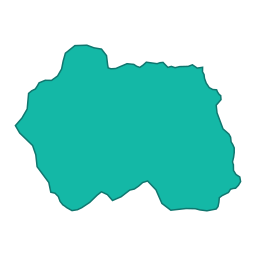 SVG path tracing the border of Eskisehir
{"feature_id": "TUR-2269", "entity_name": "Eskisehir", "entity_type": "Province", "adm_level": 1, "iso_a3": "TUR", "parent_name": "Turkey", "parent_adm1": "", "projection": "orthographic", "projection_center": [31.246, 39.627], "detail": "fine", "context": "isolated", "style": "filled", "palette": "teal", "viewbox_px": 256, "rotation_deg": 0, "n_neighbors": 0, "source": "natural_earth", "source_scale": "10m", "svg_char_len": 1404}
<svg xmlns="http://www.w3.org/2000/svg" viewBox="0 0 256 256"><path d="M86.9,45.2L93.9,47.8L101.5,49.1L106.5,55.6L107.6,64.7L108.2,67.9L111.0,68.8L115.8,68.5L127.0,63.7L133.8,64.4L136.7,66.3L139.8,67.4L143.1,65.1L146.3,62.2L157.1,63.7L160.1,62.7L163.0,62.4L167.9,67.4L171.3,66.4L175.1,67.7L179.7,66.6L188.2,66.4L192.4,64.8L197.2,68.1L202.6,67.3L202.5,71.8L204.0,74.5L204.5,78.4L206.2,83.1L209.2,87.6L212.7,89.5L216.6,89.8L217.5,92.0L219.2,94.5L220.7,95.6L221.0,99.6L216.2,105.2L217.0,112.8L223.0,128.9L228.9,134.1L230.6,137.2L231.1,141.9L232.8,144.7L234.2,147.9L234.2,152.6L233.6,157.2L232.5,161.8L233.0,163.8L233.4,164.6L233.5,170.5L236.0,174.5L239.8,177.0L240.6,181.6L238.4,185.3L235.6,188.2L233.0,188.5L230.4,189.3L229.5,190.9L228.4,192.5L222.1,195.6L219.3,197.7L218.9,202.2L218.0,206.6L216.2,209.0L206.9,210.8L199.9,209.9L195.4,208.7L186.1,208.5L170.8,210.2L161.9,203.4L156.0,189.9L147.6,181.0L142.7,182.5L138.6,186.1L134.4,189.0L129.7,190.1L121.2,196.7L112.5,200.5L107.4,194.6L101.4,191.8L97.2,195.1L89.7,202.4L81.7,207.7L77.5,209.7L72.0,210.6L66.7,207.6L64.8,206.1L62.8,204.8L60.1,201.4L58.3,196.5L55.0,193.2L50.8,192.2L48.8,182.5L37.1,166.7L35.8,154.8L32.6,145.5L19.7,133.0L15.4,125.6L22.0,118.0L27.2,109.0L28.6,93.4L31.7,90.8L35.3,89.0L37.3,86.0L39.1,82.8L45.2,80.3L51.5,80.4L57.6,76.0L61.6,69.0L63.2,61.0L65.4,53.2L74.9,45.6L86.9,45.2Z" fill="#14b8a6" stroke="#0f766e" stroke-width="1.5"/></svg>